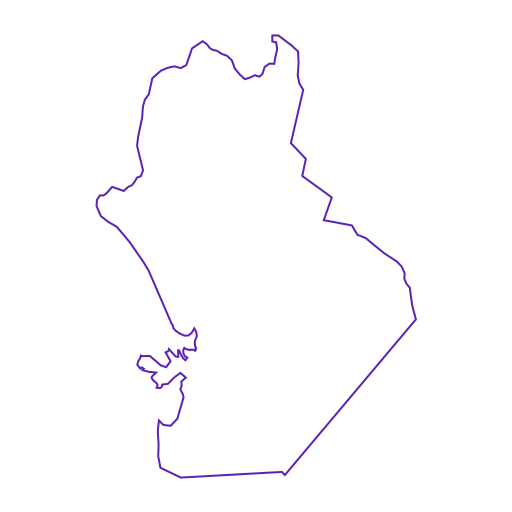 the border of Mwanza, rotated 178°
{"feature_id": "TZA-3357", "entity_name": "Mwanza", "entity_type": "Region", "adm_level": 1, "iso_a3": "TZA", "parent_name": "United Republic of Tanzania", "parent_adm1": "", "projection": "equal_earth", "projection_center": [33.157, -2.458], "detail": "fine", "context": "isolated", "style": "outline", "palette": "violet", "viewbox_px": 512, "rotation_deg": 178, "n_neighbors": 0, "source": "natural_earth", "source_scale": "10m", "svg_char_len": 2277}
<svg xmlns="http://www.w3.org/2000/svg" viewBox="0 0 512 512"><g transform="rotate(178 256 256)"><path d="M234.8,36.1L237.6,39.3L338.9,37.2L358.9,47.7L360.7,59.1L359.9,71.3L360.3,83.6L358.8,95.1L354.5,90.4L347.2,89.3L340.3,96.1L333.3,117.3L334.0,120.7L336.3,125.3L335.0,128.3L334.9,129.9L335.0,133.2L334.4,133.6L330.4,136.9L335.6,141.8L341.9,137.5L348.5,131.3L354.2,130.8L354.7,128.6L355.9,127.6L357.8,127.4L359.9,127.8L358.8,130.5L359.7,132.3L363.2,135.4L364.6,137.9L364.3,139.1L359.9,143.0L366.9,143.9L373.5,146.0L373.2,146.9L373.1,147.1L372.9,147.1L372.3,147.5L373.5,148.3L373.9,148.7L374.4,148.6L375.7,147.5L378.3,151.3L377.6,154.5L375.6,157.5L374.5,160.6L373.2,159.9L365.6,159.8L354.9,150.0L349.7,148.0L345.1,153.8L349.7,162.9L347.4,163.7L346.8,164.4L346.3,166.0L339.9,158.4L337.2,157.9L337.2,164.4L336.1,164.4L334.9,161.1L332.7,156.7L330.2,154.3L328.2,156.8L330.7,158.4L331.9,161.2L332.0,164.3L330.9,166.7L330.0,165.8L326.0,164.4L326.0,164.7L321.4,164.4L320.5,164.1L320.2,163.4L319.8,163.7L319.1,166.0L319.5,166.1L319.9,167.9L320.2,170.3L320.2,172.0L319.6,174.3L318.1,177.4L318.0,179.7L318.3,181.5L318.9,183.2L320.2,185.8L323.2,181.2L326.5,178.9L330.3,178.9L335.0,181.2L339.2,184.4L341.0,186.7L341.7,189.6L342.8,191.5L363.8,245.1L368.7,253.9L381.3,273.6L388.6,283.2L394.6,290.4L402.1,295.0L409.6,301.2L413.6,311.4L413.0,317.7L409.8,322.1L406.5,321.8L403.6,323.5L397.3,330.1L385.9,325.6L381.4,329.5L377.5,331.1L374.7,334.4L372.2,338.5L368.3,339.8L365.9,345.5L371.0,370.4L369.6,379.4L364.9,398.6L363.8,409.2L361.6,416.1L357.5,421.3L353.4,437.3L344.4,444.6L337.9,447.1L330.9,448.4L324.7,446.4L319.0,449.2L312.7,465.7L301.8,472.5L297.9,469.5L294.7,465.2L291.6,463.3L288.2,462.7L283.2,459.2L277.8,457.0L273.3,452.4L270.7,444.2L266.1,438.2L261.0,433.1L256.2,434.4L250.8,436.7L246.5,435.1L243.2,437.7L240.7,444.7L235.8,447.8L231.1,447.4L229.9,453.5L227.6,461.9L228.4,468.9L232.2,469.8L232.0,475.9L225.9,475.6L212.7,464.8L206.8,458.9L206.7,447.5L208.0,435.1L206.6,426.9L203.0,420.4L217.2,367.6L202.8,351.3L207.0,334.4L178.2,311.9L187.0,289.4L159.1,283.2L154.0,273.8L145.5,269.9L138.7,263.8L128.0,254.4L115.5,245.6L110.9,240.6L108.1,233.8L108.5,228.1L106.7,223.1L103.4,218.9L102.8,211.9L101.5,200.4L98.4,187.1L234.8,36.1Z" fill="none" stroke="#5b21b6" stroke-width="2"/></g></svg>